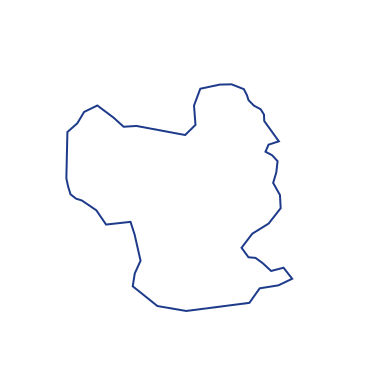 Drochia, Mercator projection, rotated 139°
{"feature_id": "MDA-1619", "entity_name": "Drochia", "entity_type": "District", "adm_level": 1, "iso_a3": "MDA", "parent_name": "Moldova", "parent_adm1": "", "projection": "mercator", "projection_center": [27.875, 48.029], "detail": "fine", "context": "isolated", "style": "outline", "palette": "blue", "viewbox_px": 384, "rotation_deg": 139, "n_neighbors": 0, "source": "natural_earth", "source_scale": "10m", "svg_char_len": 822}
<svg xmlns="http://www.w3.org/2000/svg" viewBox="0 0 384 384"><g transform="rotate(139 192 192)"><path d="M277.9,284.7L246.7,319.0L233.4,319.1L220.9,323.2L206.7,319.4L202.4,299.5L200.8,286.1L190.6,278.3L159.8,239.5L145.3,240.4L133.8,255.9L118.0,264.5L100.5,254.8L91.5,247.3L85.4,235.6L87.0,229.1L89.1,224.2L88.6,216.4L85.9,209.4L86.9,203.2L90.9,198.2L93.2,173.3L103.2,177.5L110.1,174.2L107.4,167.1L107.2,159.1L115.5,151.5L124.8,145.6L127.6,132.0L135.7,121.6L154.8,117.9L173.9,121.0L191.2,117.4L192.2,105.7L187.3,100.6L185.3,91.7L184.1,80.5L172.6,74.8L173.3,60.8L188.1,64.9L204.1,74.9L221.4,70.7L274.4,106.0L292.9,128.6L298.6,159.7L288.6,168.1L275.9,173.9L263.2,197.6L258.0,209.8L278.2,223.8L276.2,241.0L280.7,257.9L283.9,263.1L285.2,270.0L282.0,277.2L277.9,284.7Z" fill="none" stroke="#1e3a8a" stroke-width="2"/></g></svg>